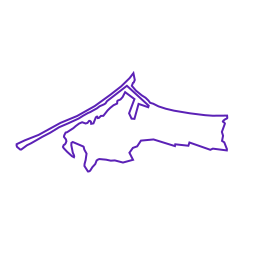 Carteret, North Carolina, United States of America, rotated 198°
{"feature_id": "52423323B7621511423784", "entity_name": "Carteret", "entity_type": "district", "adm_level": 2, "iso_a3": "USA", "parent_name": "United States of America", "parent_adm1": "North Carolina", "projection": "natural_earth1", "projection_center": [-76.554, 34.833], "detail": "fine", "context": "isolated", "style": "outline", "palette": "violet", "viewbox_px": 256, "rotation_deg": 198, "n_neighbors": 0, "source": "geoboundaries", "source_scale": "gbopen_adm2", "svg_char_len": 1957}
<svg xmlns="http://www.w3.org/2000/svg" viewBox="0 0 256 256"><g transform="rotate(198 128 128)"><path d="M27.4,138.5L32.0,144.1L34.6,144.8L35.2,150.0L37.5,153.3L37.2,162.1L37.7,162.6L38.2,162.9L39.6,163.3L39.8,163.5L39.6,164.3L39.5,164.6L38.3,166.3L37.0,167.5L36.8,167.8L36.7,168.1L36.9,168.8L37.6,170.4L51.4,165.8L58.7,164.0L73.7,161.1L89.6,158.7L98.0,158.0L105.7,158.0L111.6,158.9L114.7,158.8L117.2,160.5L120.7,162.2L125.0,163.3L132.0,166.0L137.4,169.3L137.2,172.5L136.6,173.1L136.4,175.8L139.8,181.8L141.9,175.9L147.3,165.6L155.1,154.1L166.4,138.6L180.1,123.7L193.8,112.0L210.9,93.8L222.3,84.4L228.9,78.2L228.5,76.8L227.6,75.7L223.8,74.2L222.9,74.5L218.7,80.4L215.4,83.6L206.8,93.1L200.6,99.4L193.7,107.5L186.5,113.8L177.8,121.8L174.5,125.8L170.7,129.9L168.8,131.5L167.0,133.5L163.6,137.1L161.7,139.9L158.3,142.9L157.0,144.4L156.3,147.0L142.1,167.8L115.2,155.6L115.2,154.0L125.4,154.2L124.7,138.7L127.5,138.0L131.5,142.3L130.8,157.5L141.8,161.2L142.7,155.7L144.0,152.8L146.3,150.8L146.5,150.2L145.9,147.9L148.8,145.2L151.1,141.7L152.8,138.5L155.2,132.0L157.5,131.1L158.8,128.6L159.8,128.1L160.8,129.3L161.3,129.1L161.9,128.1L162.0,126.1L162.3,121.7L164.3,120.6L165.3,122.6L166.5,123.0L167.2,122.7L167.7,121.4L168.1,120.3L169.7,119.2L173.4,119.3L175.9,117.1L178.3,113.7L179.9,111.0L184.7,105.1L185.9,104.4L186.4,101.3L186.2,99.8L183.5,98.0L182.5,96.4L182.6,94.1L183.0,92.9L183.5,92.4L183.9,91.8L184.0,89.9L183.0,89.0L178.6,86.6L172.6,83.9L170.4,83.5L170.4,84.3L171.0,85.4L172.9,87.5L176.6,94.1L177.2,96.4L176.2,97.6L164.8,96.6L164.3,96.3L162.9,94.0L159.5,90.8L158.4,84.4L158.2,80.4L157.7,78.4L152.7,74.3L151.8,74.6L150.8,75.7L149.8,79.7L148.0,83.6L147.8,87.4L146.9,88.6L145.7,89.6L139.1,91.1L134.3,91.6L130.5,93.1L122.1,93.6L113.4,99.3L119.0,104.9L117.2,110.6L113.6,113.4L111.8,120.0L100.2,125.0L77.8,125.3L78.0,127.1L65.1,129.8L65.1,133.2L46.6,132.8L43.0,132.7L40.9,134.6L27.1,137.2L27.4,138.5Z" fill="none" stroke="#5b21b6" stroke-width="2"/></g></svg>